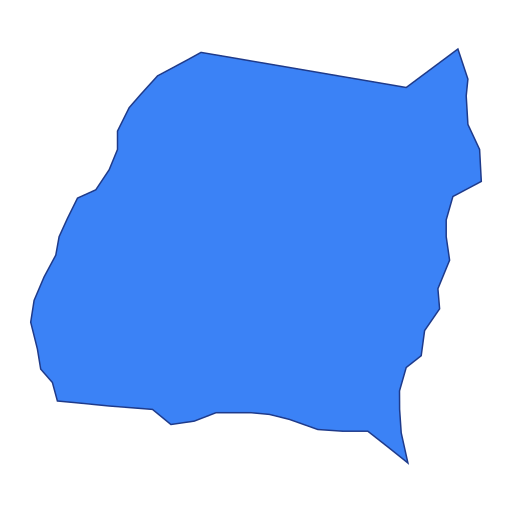 Sysklipos, Cyprus (orthographic projection)
{"feature_id": "46923920B59852999590656", "entity_name": "Sysklipos", "entity_type": "district", "adm_level": 2, "iso_a3": "CYP", "parent_name": "Cyprus", "parent_adm1": "", "projection": "orthographic", "projection_center": [33.179, 35.296], "detail": "fine", "context": "isolated", "style": "filled", "palette": "blue", "viewbox_px": 512, "rotation_deg": 0, "n_neighbors": 0, "source": "geoboundaries", "source_scale": "gbopen_adm2", "svg_char_len": 771}
<svg xmlns="http://www.w3.org/2000/svg" viewBox="0 0 512 512"><path d="M407.9,463.0L401.2,432.8L399.6,409.4L399.5,390.9L406.2,367.5L421.2,355.7L424.6,330.6L439.6,308.8L437.9,288.7L449.6,260.2L446.2,236.7L446.2,219.9L452.9,196.5L481.3,181.4L479.6,149.5L467.9,124.4L466.2,95.9L467.9,79.1L457.9,49.0L406.2,87.5L201.0,52.4L185.9,60.7L157.6,75.8L140.9,94.2L129.2,107.6L117.5,131.1L117.5,149.5L109.2,169.7L95.8,189.8L77.5,198.1L67.5,218.3L59.1,236.7L55.8,255.1L44.1,276.9L34.1,300.4L30.7,322.2L37.4,349.0L40.7,369.1L52.4,382.5L57.4,401.0L75.8,402.7L109.1,406.0L152.5,409.4L170.9,424.5L194.3,421.1L216.0,412.7L234.3,412.7L251.0,412.7L269.4,414.4L289.4,419.4L317.8,429.5L342.8,431.2L367.8,431.2L391.2,449.6L407.9,463.0Z" fill="#3b82f6" stroke="#1e3a8a" stroke-width="1.5"/></svg>